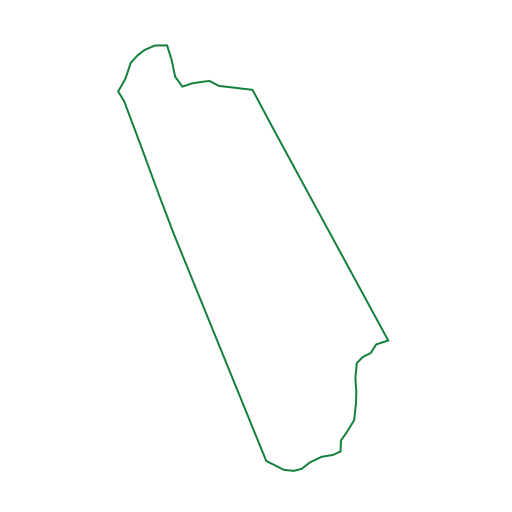 Belém, Alagoas, Brazil, rotated 176°
{"feature_id": "56859067B82367444604636", "entity_name": "Belém", "entity_type": "district", "adm_level": 2, "iso_a3": "BRA", "parent_name": "Brazil", "parent_adm1": "Alagoas", "projection": "equal_earth", "projection_center": [-36.491, -9.559], "detail": "fine", "context": "isolated", "style": "outline", "palette": "green", "viewbox_px": 512, "rotation_deg": 176, "n_neighbors": 0, "source": "geoboundaries", "source_scale": "gbopen_adm2", "svg_char_len": 669}
<svg xmlns="http://www.w3.org/2000/svg" viewBox="0 0 512 512"><g transform="rotate(176 256 256)"><path d="M260.1,50.8L250.6,45.2L243.3,40.8L233.5,39.0L225.3,40.5L216.5,46.4L204.6,51.1L193.1,52.2L185.3,55.1L184.1,66.1L178.1,73.4L169.5,85.5L166.5,102.1L165.4,113.7L165.4,127.4L162.9,142.1L156.4,147.9L148.2,151.3L142.3,159.4L130.0,162.5L228.8,379.3L236.5,396.5L247.9,422.0L281.3,428.3L290.2,433.9L298.8,433.4L307.8,432.7L317.6,430.1L324.1,440.4L326.5,457.6L330.0,472.3L342.3,473.0L352.5,469.4L359.4,465.0L367.4,457.6L373.9,441.9L382.0,429.8L376.7,419.5L363.6,375.5L358.6,358.3L347.5,320.2L336.4,283.5L260.1,50.8Z" fill="none" stroke="#15803d" stroke-width="2"/></g></svg>